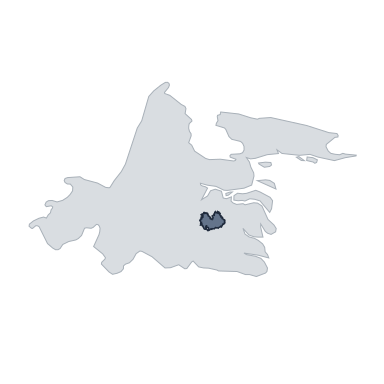 location of Gopalganj, Dhaka, Bangladesh, rotated 290°
{"feature_id": "16705992B87804307332289", "entity_name": "Gopalganj", "entity_type": "district", "adm_level": 2, "iso_a3": "BGD", "parent_name": "Bangladesh", "parent_adm1": "Dhaka", "projection": "orthographic", "projection_center": [89.898, 23.107], "detail": "fine", "context": "in_parent", "style": "filled", "palette": "slate", "viewbox_px": 384, "rotation_deg": 290, "n_neighbors": 0, "source": "geoboundaries", "source_scale": "gbopen_adm2", "svg_char_len": 8280}
<svg xmlns="http://www.w3.org/2000/svg" viewBox="0 0 384 384"><g transform="rotate(290 192 192)"><path d="M132.7,270.5L132.7,261.6L126.9,244.0L127.2,242.1L126.1,233.6L124.6,228.9L123.9,223.9L127.5,216.7L126.1,215.6L118.3,213.3L117.4,211.5L119.1,204.4L113.5,197.7L111.4,192.6L117.5,176.6L119.1,165.3L118.7,163.2L115.0,160.6L108.6,159.6L104.1,157.4L101.5,154.2L99.2,152.9L96.4,153.8L92.9,152.5L90.0,149.4L87.5,145.5L88.5,141.3L93.3,131.5L95.1,131.2L99.1,133.1L100.6,133.2L103.3,129.3L107.1,118.2L120.1,119.2L123.2,118.9L126.5,118.0L128.2,116.6L129.2,114.9L128.9,113.3L124.9,111.2L123.4,109.6L122.3,105.1L121.2,103.4L113.4,103.1L109.4,101.1L107.2,99.2L103.3,93.1L98.5,88.5L93.8,87.4L92.0,85.9L91.1,83.6L91.7,80.3L94.1,73.9L107.1,60.2L107.4,58.6L107.0,56.8L103.2,54.6L103.0,53.5L104.1,50.6L106.2,50.2L110.6,52.9L115.0,57.2L117.7,61.1L117.7,64.1L121.2,64.7L124.1,66.1L127.1,65.7L129.1,66.4L130.4,66.2L130.9,64.4L128.4,60.1L129.6,58.2L132.6,58.4L134.7,60.0L136.2,63.4L136.5,68.6L139.9,73.3L144.4,76.7L147.9,78.3L152.2,79.4L155.9,78.3L157.8,75.0L156.9,72.1L157.5,69.5L159.0,68.0L161.3,68.1L163.0,70.2L168.0,81.5L166.9,86.5L168.1,100.2L166.8,109.3L167.6,112.7L168.4,113.4L176.0,115.0L187.0,118.6L195.4,119.9L233.4,118.7L241.7,120.4L267.0,118.7L274.0,121.5L281.6,126.1L285.9,129.5L286.7,131.5L286.2,133.2L284.8,134.2L282.2,134.2L276.2,132.1L275.2,132.7L275.2,138.2L270.6,151.9L270.0,156.1L268.3,157.8L263.3,158.7L260.0,166.7L258.7,167.7L255.3,166.0L253.3,166.3L250.7,167.1L248.1,168.9L246.4,171.2L244.4,172.0L237.2,172.0L235.9,175.7L231.3,180.5L228.2,193.3L228.4,197.3L232.5,207.4L235.4,220.6L236.5,222.0L237.8,222.1L237.8,216.0L239.1,215.2L240.8,215.9L244.3,224.0L246.2,226.1L249.2,226.6L252.6,225.3L255.1,222.9L256.1,220.3L255.1,211.4L256.7,207.8L262.4,202.3L263.3,200.6L262.8,191.7L265.0,191.4L267.9,192.0L271.6,189.9L272.8,189.8L274.4,192.0L277.0,191.6L281.3,209.2L281.8,221.7L282.8,228.6L284.3,230.2L288.9,240.5L293.7,277.0L294.6,300.3L296.5,308.2L295.1,310.0L293.6,310.3L292.2,307.6L282.6,301.9L280.3,302.5L277.1,306.0L275.8,309.2L276.4,313.6L277.5,318.0L279.9,320.5L280.1,323.3L282.8,333.7L282.0,333.8L276.7,324.3L270.2,315.1L267.9,298.3L267.7,290.0L263.2,280.4L259.0,263.4L260.7,257.4L257.7,260.1L252.8,249.9L245.3,240.0L243.1,235.6L243.0,231.3L239.8,235.7L235.5,238.8L231.1,243.4L228.2,244.8L218.9,245.7L213.4,239.6L205.6,224.7L204.6,221.4L205.5,212.6L203.7,204.2L203.1,196.9L201.7,197.6L201.2,199.6L201.5,202.7L201.0,205.3L188.0,203.6L193.6,208.0L199.5,209.0L202.6,212.9L202.8,219.4L197.0,223.4L197.5,226.7L200.9,230.7L196.8,231.8L195.7,234.5L195.6,238.2L198.5,244.0L198.1,246.2L203.0,253.7L204.0,257.4L202.8,262.5L192.2,272.8L189.1,280.2L186.5,283.6L183.2,284.2L179.2,280.8L179.1,277.2L180.0,274.4L185.5,267.5L182.5,268.5L173.9,274.1L172.2,269.5L171.1,265.3L171.1,260.1L175.3,252.3L170.6,256.2L169.3,261.0L169.8,266.7L169.2,270.8L167.4,276.1L164.9,279.2L160.8,281.2L159.0,284.4L156.3,286.7L155.3,276.0L152.4,261.7L151.8,264.7L153.3,273.6L153.2,279.4L150.9,284.0L146.4,288.9L143.0,289.6L141.0,288.8L134.6,281.4L134.1,274.4L132.7,270.5ZM211.4,270.7L203.5,272.5L199.4,272.0L206.9,259.0L206.6,253.3L205.4,248.6L201.6,244.8L201.3,242.1L199.6,238.4L198.7,234.1L202.9,232.7L206.4,235.2L207.6,240.1L209.4,243.7L215.4,251.3L215.3,255.9L213.7,267.2L211.4,270.7ZM228.3,266.4L223.5,269.9L225.0,249.5L228.6,257.0L229.5,261.1L228.3,266.4ZM246.7,256.0L244.6,257.5L242.6,256.3L240.0,251.5L241.2,245.4L242.0,244.6L245.1,250.7L246.7,256.0ZM265.1,298.8L262.4,299.0L261.0,297.6L261.6,295.6L260.8,289.0L264.3,288.2L265.6,293.8L265.1,298.8ZM261.8,280.3L259.9,286.9L259.0,284.0L260.4,278.2L261.8,280.3ZM205.0,227.8L205.8,229.9L201.4,227.2L200.2,225.3L202.2,224.3L205.0,227.8Z" fill="#d9dde1" stroke="#a8b0b8" stroke-width="1"/><path d="M173.4,233.1L173.3,232.9L173.1,232.8L173.1,232.7L173.3,232.8L173.5,232.8L173.7,233.0L173.8,233.1L173.8,233.3L174.2,233.3L174.4,233.3L174.6,233.0L174.9,233.0L175.2,232.9L175.3,232.9L175.3,232.7L175.6,232.7L175.9,232.6L176.4,232.6L176.6,232.6L176.8,232.4L176.7,232.0L176.8,231.7L176.9,231.4L177.0,231.4L177.0,231.1L176.9,231.0L177.1,230.8L177.1,230.7L177.4,230.2L177.5,229.7L177.4,229.4L177.5,229.3L177.9,229.4L178.4,229.4L178.5,229.4L178.6,229.1L178.7,228.9L178.5,228.7L178.5,228.4L178.6,228.1L178.5,227.9L178.5,227.6L178.9,227.6L179.0,227.7L179.3,227.2L179.4,226.9L179.7,227.0L179.7,226.9L179.8,226.6L180.0,226.3L180.1,226.1L180.2,225.7L181.5,225.8L181.8,224.9L181.7,224.8L181.8,224.5L181.9,224.4L181.9,224.2L182.1,223.9L182.4,223.9L182.4,223.7L182.1,223.6L181.9,223.6L182.0,223.8L181.7,224.5L181.4,224.7L181.1,224.4L181.2,224.2L180.9,223.4L180.9,222.8L181.0,222.7L181.1,222.8L181.5,222.9L181.7,222.7L181.9,222.6L181.6,222.5L181.5,222.3L181.3,222.3L181.2,222.4L180.9,222.4L180.8,221.9L180.9,221.5L180.8,221.3L180.9,221.0L181.0,220.9L181.3,220.7L181.0,220.6L180.9,220.5L180.8,220.3L180.6,220.3L180.2,220.5L179.5,220.5L179.5,220.4L179.5,220.2L179.6,219.9L179.4,220.1L179.1,220.2L178.7,220.2L178.5,220.5L178.4,220.5L178.2,220.8L177.8,220.9L177.8,220.7L177.8,220.4L177.8,220.2L177.4,219.9L176.5,219.7L176.6,219.4L176.5,219.2L176.0,219.5L175.9,219.5L175.7,219.6L175.3,220.4L175.2,220.6L174.9,220.7L174.5,220.6L174.4,220.6L174.2,220.5L173.9,220.4L173.8,220.5L173.7,220.4L173.4,220.4L173.0,220.3L173.1,220.0L173.1,219.9L173.2,220.0L173.2,219.6L173.3,219.4L173.2,219.3L173.2,219.2L173.3,219.0L173.4,218.9L173.4,218.6L173.3,218.4L173.6,218.3L173.6,218.1L174.2,218.2L174.3,218.1L174.5,217.5L174.6,217.2L174.8,217.1L174.8,216.8L174.8,216.5L174.9,216.3L175.1,216.3L175.1,215.7L175.2,215.3L175.5,215.3L176.0,214.9L176.3,214.8L176.3,214.5L176.5,214.5L177.0,214.2L176.9,214.0L176.9,213.9L177.0,213.8L177.0,213.7L177.0,213.8L177.1,213.7L176.9,213.5L177.3,213.1L177.1,213.0L177.1,212.7L176.9,212.5L177.0,212.4L177.0,212.2L177.0,211.9L176.9,212.0L176.7,212.0L176.5,211.6L176.1,211.2L176.5,210.7L176.8,210.4L176.8,210.2L176.6,210.1L176.3,210.2L176.0,210.1L175.5,210.1L175.3,209.8L175.2,209.7L174.9,209.7L174.9,209.2L174.7,208.9L174.0,208.7L173.9,208.4L173.7,208.3L173.6,208.5L173.5,208.8L173.5,209.3L173.8,209.4L173.8,209.2L174.0,209.3L174.2,209.5L174.1,209.9L173.9,210.0L173.7,210.3L173.5,210.2L172.8,210.2L172.7,210.3L172.5,210.5L172.5,210.8L172.3,210.9L172.1,210.9L171.9,210.8L171.7,210.7L171.8,210.4L171.9,210.0L172.1,209.8L172.1,209.7L171.7,209.5L171.6,209.2L171.3,209.2L170.7,209.6L170.3,209.9L170.2,210.2L170.1,210.3L170.0,210.2L169.8,209.9L169.8,209.5L169.7,209.4L169.1,209.3L169.0,209.5L168.9,209.7L168.8,209.8L168.7,209.8L168.3,209.5L168.2,209.1L167.9,209.1L167.6,209.7L167.1,210.0L166.9,210.4L166.6,210.7L166.5,210.8L166.4,210.7L165.9,210.8L166.0,210.9L166.1,211.0L165.9,211.0L165.9,211.4L165.7,211.2L165.5,211.4L165.4,211.4L165.4,211.5L165.2,211.6L165.3,211.8L165.0,211.9L164.9,211.8L165.0,211.7L164.8,211.6L164.8,211.4L164.7,211.4L164.5,211.5L164.3,211.8L164.2,211.7L164.3,211.5L164.2,211.4L163.7,211.1L164.0,211.4L164.0,211.5L163.8,211.4L163.8,211.5L164.0,211.9L164.4,212.1L164.7,212.5L164.4,212.8L164.3,213.0L164.2,213.2L164.1,213.3L163.7,213.4L163.7,213.6L163.8,213.7L163.8,213.9L163.5,214.0L163.1,214.2L163.1,214.3L163.1,214.5L162.7,214.9L162.6,215.0L162.3,215.4L162.0,215.5L161.6,215.9L161.6,216.0L161.5,216.3L161.5,216.5L161.4,217.0L161.8,217.9L161.9,218.1L162.1,218.1L162.3,218.0L162.3,217.9L162.5,217.6L162.9,217.3L163.9,216.9L164.1,216.8L164.5,216.9L164.8,216.8L165.0,216.9L165.1,217.0L165.3,217.2L165.3,217.3L165.2,217.4L165.1,217.5L164.1,217.5L163.9,217.7L163.8,217.8L163.7,218.1L163.7,218.3L163.8,218.4L164.1,218.8L164.2,219.1L164.2,219.5L163.7,219.9L162.9,220.4L162.6,220.5L162.3,220.4L162.2,220.0L162.1,219.8L161.7,219.5L161.2,219.6L161.1,219.8L161.1,220.0L161.3,220.5L161.7,221.0L161.9,221.2L162.6,221.7L163.7,222.2L163.9,222.5L164.0,222.6L163.6,223.1L163.6,223.3L163.7,223.5L163.9,223.5L164.2,223.6L164.3,223.6L164.5,223.7L164.8,224.5L164.9,225.3L165.1,225.7L165.4,225.8L166.3,226.0L166.6,226.2L166.7,226.3L166.6,226.6L166.5,227.1L166.9,227.5L167.1,227.8L167.1,228.0L167.1,228.3L166.9,228.9L166.9,229.0L167.2,229.1L167.6,229.2L168.0,229.5L168.6,230.2L169.2,230.5L169.5,230.7L169.8,230.8L169.8,231.0L169.7,231.2L169.3,231.2L169.1,231.3L169.1,231.6L169.5,231.7L170.2,231.7L170.5,231.7L170.7,231.8L171.0,231.9L171.4,231.9L172.1,231.9L172.3,231.9L172.3,232.1L172.3,232.5L172.8,232.9L173.4,233.1Z" fill="#64748b" stroke="#1e293b" stroke-width="1.5"/></g></svg>